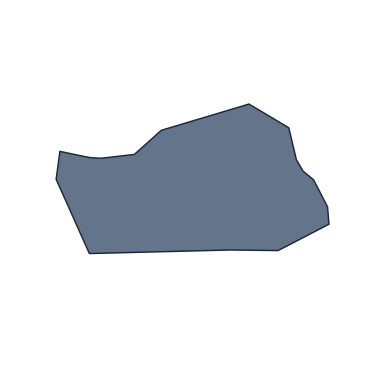 the Municipality of Braslovce, rotated 120°
{"feature_id": "SVN-247", "entity_name": "Braslovce", "entity_type": "Municipality", "adm_level": 1, "iso_a3": "SVN", "parent_name": "Slovenia", "parent_adm1": "", "projection": "albers", "projection_center": [15.021, 46.282], "detail": "fine", "context": "isolated", "style": "filled", "palette": "slate", "viewbox_px": 384, "rotation_deg": 120, "n_neighbors": 0, "source": "natural_earth", "source_scale": "10m", "svg_char_len": 369}
<svg xmlns="http://www.w3.org/2000/svg" viewBox="0 0 384 384"><g transform="rotate(120 192 192)"><path d="M153.9,249.4L87.4,186.7L88.0,140.3L111.9,117.7L118.4,106.3L120.7,92.8L137.1,67.2L151.4,57.3L199.7,88.2L223.1,129.9L296.6,250.1L248.9,316.0L222.9,326.7L213.6,298.5L208.4,287.8L188.3,260.7L153.9,249.4Z" fill="#64748b" stroke="#1e293b" stroke-width="1.5"/></g></svg>